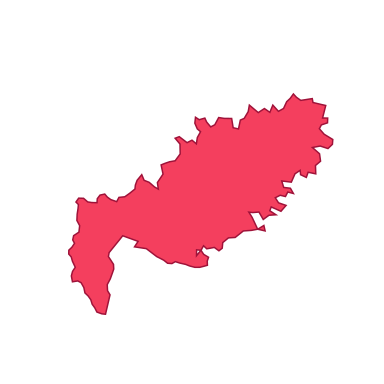 the district of Vila Lângaro, Rio Grande do Sul, Brazil, rotated 41°
{"feature_id": "56859067B11658181648524", "entity_name": "Vila Lângaro", "entity_type": "district", "adm_level": 2, "iso_a3": "BRA", "parent_name": "Brazil", "parent_adm1": "Rio Grande do Sul", "projection": "albers", "projection_center": [-52.143, -28.132], "detail": "fine", "context": "isolated", "style": "filled", "palette": "rose", "viewbox_px": 384, "rotation_deg": 41, "n_neighbors": 0, "source": "geoboundaries", "source_scale": "gbopen_adm2", "svg_char_len": 2433}
<svg xmlns="http://www.w3.org/2000/svg" viewBox="0 0 384 384"><g transform="rotate(41 192 192)"><path d="M237.0,230.1L236.0,225.0L240.4,225.2L242.9,222.1L245.2,219.2L250.9,218.7L251.7,214.6L248.4,210.0L249.6,202.7L254.4,198.0L256.3,187.7L262.0,182.0L266.0,177.0L254.0,171.7L248.1,169.9L251.3,167.7L255.7,163.2L263.8,166.0L265.3,159.1L270.3,154.1L263.0,155.1L261.6,151.3L271.8,148.2L271.8,140.4L264.4,143.4L258.6,141.7L260.7,136.6L265.5,134.1L264.3,129.2L269.5,126.6L263.8,124.6L258.2,128.4L252.5,124.8L260.5,119.4L257.8,110.7L259.4,104.7L262.6,107.7L268.7,106.0L266.7,100.9L273.5,97.1L267.8,91.0L268.8,84.4L263.2,79.5L253.7,79.4L258.6,73.2L266.1,70.0L266.7,63.9L263.8,60.0L253.9,61.7L246.6,60.7L245.6,56.5L248.9,50.9L245.9,47.2L242.0,50.5L236.2,39.0L224.6,45.1L221.5,42.6L214.0,51.5L208.7,52.0L204.2,51.5L204.7,57.0L204.2,61.7L206.3,68.9L204.3,74.4L196.0,73.4L198.5,80.8L191.9,81.5L189.9,88.6L178.3,88.8L181.7,94.5L183.1,102.2L181.3,106.0L185.7,113.9L180.9,116.5L173.7,110.5L167.9,115.4L163.3,118.3L165.1,126.3L163.4,130.6L157.2,129.6L153.2,127.8L150.0,132.7L145.6,133.3L149.0,138.2L154.6,140.9L158.9,140.9L160.3,147.4L163.7,152.8L158.0,152.9L155.9,158.0L146.1,158.6L144.0,162.5L151.5,163.7L158.1,171.0L158.8,179.5L155.3,183.8L152.8,188.1L150.9,191.8L158.4,197.5L159.7,207.6L164.7,211.9L160.4,212.8L153.3,212.8L148.2,214.6L142.7,211.9L142.9,219.2L144.7,223.9L147.0,227.2L145.8,233.9L144.4,239.7L140.4,244.0L141.5,248.7L135.7,251.0L131.5,251.4L127.5,250.8L124.6,254.7L124.9,259.2L127.3,262.4L123.3,265.7L119.8,267.9L114.3,267.9L110.5,271.0L111.0,275.7L114.5,276.0L116.8,279.2L119.9,284.1L123.8,289.0L129.3,291.1L133.0,296.5L131.3,302.6L133.4,306.4L137.0,307.8L137.6,312.5L137.2,316.7L139.7,319.7L143.4,320.2L147.2,322.7L153.3,325.4L153.9,330.2L156.0,334.5L160.7,338.2L164.1,334.1L167.8,333.2L173.1,335.1L177.4,338.4L181.8,338.6L186.3,339.7L190.3,342.2L194.6,343.2L199.0,345.0L203.9,343.1L206.9,341.0L197.6,323.4L193.0,321.9L188.8,317.5L187.3,311.1L185.0,305.2L183.5,301.5L180.2,298.1L174.7,296.5L171.3,295.6L169.2,292.1L168.6,274.7L168.4,270.5L183.7,264.6L184.6,271.1L194.7,264.7L207.7,263.9L215.4,262.0L220.3,261.8L223.8,259.2L225.1,255.5L229.5,253.6L234.7,250.8L238.7,249.4L243.7,246.9L247.3,243.7L249.6,240.4L251.7,237.2L248.8,234.1L247.3,230.4L241.8,231.4L237.0,230.1ZM237.0,230.1L237.2,237.1L233.4,232.6L237.0,230.1ZM272.7,173.4L268.2,170.1L266.0,177.0L272.7,173.4Z" fill="#f43f5e" stroke="#9f1239" stroke-width="1.5"/></g></svg>